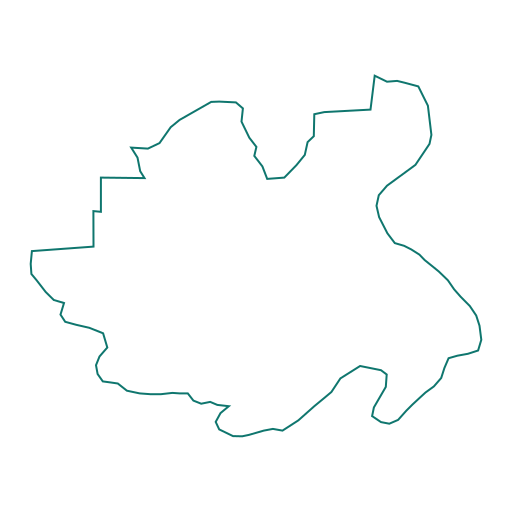 outline of Arroio do Meio, Rio Grande do Sul, Brazil
{"feature_id": "56859067B31467536479384", "entity_name": "Arroio do Meio", "entity_type": "district", "adm_level": 2, "iso_a3": "BRA", "parent_name": "Brazil", "parent_adm1": "Rio Grande do Sul", "projection": "mercator", "projection_center": [-51.959, -29.357], "detail": "fine", "context": "isolated", "style": "outline", "palette": "teal", "viewbox_px": 512, "rotation_deg": 0, "n_neighbors": 0, "source": "geoboundaries", "source_scale": "gbopen_adm2", "svg_char_len": 1605}
<svg xmlns="http://www.w3.org/2000/svg" viewBox="0 0 512 512"><path d="M418.3,86.4L404.5,82.7L397.1,80.9L387.0,81.7L374.7,75.7L370.5,109.6L324.3,112.1L314.3,114.2L313.8,136.2L307.6,142.1L304.8,154.9L296.4,165.2L284.3,177.6L267.2,178.9L262.4,166.4L254.3,155.9L256.4,146.9L249.3,137.7L241.5,121.6L242.9,108.4L235.9,102.4L219.2,101.6L211.2,101.9L179.6,119.9L170.7,127.2L159.5,143.1L147.9,148.6L131.2,147.6L137.5,157.6L140.2,171.2L144.5,178.1L100.9,177.6L100.9,211.8L93.4,211.1L93.5,246.6L31.9,251.1L30.7,263.9L31.4,274.0L36.4,280.0L45.7,292.0L53.8,300.0L64.0,303.0L60.5,314.6L65.2,321.8L76.2,324.8L89.3,327.8L103.1,333.3L107.3,347.5L99.5,356.5L96.0,365.2L97.6,374.0L102.8,381.4L110.9,382.5L117.8,383.5L126.9,390.7L139.7,393.4L150.5,394.2L160.9,394.2L172.4,392.9L179.6,393.4L187.8,393.4L193.4,400.6L201.2,403.7L210.2,401.9L217.3,404.9L228.8,406.2L220.5,413.1L215.7,421.9L219.2,429.4L233.0,436.1L242.2,436.3L248.9,434.9L263.8,430.6L272.9,428.9L282.5,430.6L298.3,420.4L314.3,406.2L324.6,397.7L331.4,392.0L340.4,378.4L360.1,366.0L381.0,370.2L386.7,374.5L385.8,386.9L373.9,407.4L372.1,416.1L381.0,422.1L389.3,423.7L398.1,419.9L406.4,410.6L412.4,404.6L419.4,398.1L425.5,392.5L433.9,386.4L441.2,378.0L444.4,368.0L448.6,358.2L457.4,355.7L467.9,353.8L478.1,350.5L481.3,339.8L479.5,325.7L476.2,315.5L469.8,306.0L460.5,296.6L454.1,289.3L447.9,280.3L438.8,271.5L431.3,265.4L424.7,260.1L419.4,254.6L411.2,249.4L404.1,245.8L394.8,243.1L387.4,233.3L379.1,217.1L376.5,205.8L378.8,195.2L387.0,185.7L415.4,164.9L423.6,152.7L429.5,143.9L431.4,134.9L427.9,105.7L418.3,86.4Z" fill="none" stroke="#0f766e" stroke-width="2"/></svg>